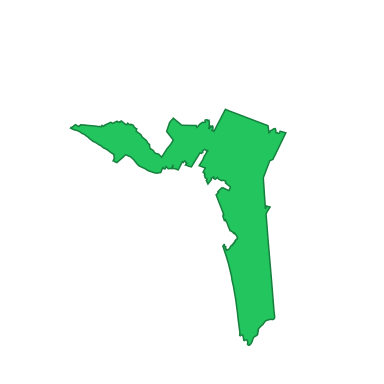 Saulkrastu pag., Saulkrastu, Latvia, rotated 302°
{"feature_id": "27541924B726637782325", "entity_name": "Saulkrastu pag.", "entity_type": "district", "adm_level": 2, "iso_a3": "LVA", "parent_name": "Latvia", "parent_adm1": "Saulkrastu", "projection": "equal_earth", "projection_center": [24.412, 57.267], "detail": "fine", "context": "isolated", "style": "filled", "palette": "green", "viewbox_px": 384, "rotation_deg": 302, "n_neighbors": 0, "source": "geoboundaries", "source_scale": "gbopen_adm2", "svg_char_len": 5930}
<svg xmlns="http://www.w3.org/2000/svg" viewBox="0 0 384 384"><g transform="rotate(302 192 192)"><path d="M191.9,155.2L192.3,155.1L196.5,154.4L197.3,154.5L196.8,155.8L197.2,156.9L199.8,156.5L199.1,159.5L201.1,162.1L201.3,162.0L202.1,162.1L202.2,162.4L204.3,161.6L205.0,161.5L204.5,161.8L201.5,163.0L202.0,163.4L202.0,163.6L202.3,164.4L202.9,165.6L203.0,166.0L202.9,166.0L203.4,168.6L212.5,167.8L212.4,169.0L214.5,169.3L214.4,170.4L213.8,171.0L213.6,171.8L213.6,172.2L213.4,172.0L213.2,172.1L212.8,172.2L212.6,172.1L212.2,172.3L211.8,172.1L211.4,172.2L211.7,172.5L211.8,172.9L211.8,173.2L212.1,175.6L213.0,178.2L229.3,178.0L229.8,179.6L230.7,179.6L231.2,180.2L232.9,179.2L234.3,179.9L234.6,180.3L234.8,180.3L235.0,180.7L234.5,182.3L235.3,182.8L235.3,183.6L233.3,183.4L230.7,183.5L228.9,183.4L227.2,183.7L225.0,184.1L218.1,184.1L219.4,190.5L214.6,190.9L214.4,191.3L214.4,191.9L214.6,193.1L212.6,193.8L212.5,194.4L211.3,195.2L211.0,195.8L211.1,197.4L210.5,198.3L209.4,197.9L207.2,201.3L210.2,201.6L212.6,201.9L214.0,201.0L216.1,202.4L215.3,202.8L214.9,203.1L214.9,203.3L215.2,203.6L215.2,203.8L215.2,204.1L215.0,204.5L215.4,205.2L217.7,205.7L217.1,207.7L217.3,211.0L218.8,212.8L218.7,215.2L217.4,215.6L216.9,219.9L216.6,222.0L212.7,222.6L212.0,216.2L211.1,214.9L206.0,213.8L205.8,213.8L205.6,214.7L202.4,213.9L190.1,230.4L189.6,230.3L189.1,231.1L188.0,230.8L185.0,234.5L186.1,234.9L185.7,235.5L185.6,235.8L185.3,235.9L185.3,236.6L184.5,237.9L181.7,241.5L179.5,244.6L179.9,244.7L179.6,245.7L179.5,249.6L179.1,249.4L179.1,250.3L179.5,250.3L179.4,250.5L179.4,250.9L178.8,252.3L178.9,252.5L178.3,253.5L178.0,253.6L177.9,253.9L177.1,255.0L176.8,255.2L176.1,255.3L175.6,254.8L175.5,254.6L174.4,254.6L174.0,254.4L173.4,254.4L173.4,254.6L173.4,254.8L173.0,254.9L172.3,254.6L171.3,254.8L170.9,254.7L170.9,254.3L170.6,254.2L170.0,254.3L169.7,254.6L169.2,254.5L168.9,254.3L168.0,254.4L167.8,254.1L168.0,254.0L167.9,253.8L167.6,253.7L165.3,253.6L165.0,253.7L163.7,253.7L162.5,253.2L162.1,253.0L161.3,252.8L160.9,252.4L161.1,252.1L161.4,252.0L161.7,251.6L161.6,251.1L161.4,251.0L161.5,250.7L162.3,250.2L163.3,249.7L163.0,249.5L163.2,249.2L163.1,248.3L163.5,248.2L163.9,247.7L164.4,247.6L164.6,247.3L164.4,247.0L163.8,247.2L163.3,247.2L162.5,246.8L155.4,255.4L150.3,261.2L141.1,270.5L138.5,272.6L136.2,274.9L134.0,277.1L123.8,286.2L113.6,294.6L109.1,298.1L97.9,307.3L95.7,308.4L95.6,309.1L97.1,309.7L97.3,310.1L97.4,310.9L97.2,311.3L96.4,311.9L95.8,312.7L94.5,313.7L93.8,314.4L93.7,314.7L93.7,315.1L94.7,315.7L95.4,316.4L95.5,316.7L95.4,317.3L95.3,317.8L95.1,318.0L94.8,318.3L94.6,318.3L94.4,318.6L92.7,319.6L92.9,319.7L92.1,320.3L92.1,321.3L92.5,321.8L93.1,322.1L94.1,322.3L96.7,322.3L100.7,321.3L102.4,321.6L103.8,322.5L105.4,323.1L105.9,323.1L106.5,323.0L106.6,322.7L107.0,322.3L107.7,322.3L109.1,322.0L109.5,321.4L110.3,321.2L110.2,321.0L110.3,321.0L111.7,321.1L112.5,321.0L113.8,321.4L114.3,321.4L116.0,322.0L116.5,322.0L116.8,322.2L117.7,322.4L119.3,322.4L121.0,322.6L121.8,322.8L122.5,323.2L125.2,325.6L125.9,326.5L126.4,327.8L126.9,328.3L127.5,328.7L128.8,328.8L129.8,328.4L134.4,324.7L158.5,306.8L191.3,282.2L212.4,266.6L215.1,266.1L220.6,266.2L219.6,262.6L216.6,263.2L239.8,246.4L242.0,244.9L259.7,241.4L262.6,243.4L264.1,243.1L266.0,243.0L291.9,240.2L290.2,234.5L288.2,235.0L287.2,233.7L287.5,232.9L286.9,232.2L286.9,231.9L287.0,231.6L287.8,231.0L288.0,230.7L288.8,230.4L289.3,229.8L289.9,228.9L288.5,227.5L287.5,227.5L286.7,226.8L285.5,226.1L284.7,225.8L284.3,226.2L283.8,226.3L283.0,225.9L288.5,221.3L280.5,180.8L279.8,176.5L255.1,178.5L255.3,178.1L255.4,177.3L254.7,176.5L254.7,176.2L256.4,176.4L256.8,176.2L257.0,176.0L257.5,175.8L258.5,175.1L258.8,174.6L258.8,174.3L258.8,174.2L258.5,174.1L257.5,174.2L257.4,174.1L257.8,173.6L257.9,173.1L257.6,172.9L257.0,172.8L256.3,173.1L255.3,173.2L255.0,173.0L254.9,172.8L254.8,172.4L255.1,172.2L256.6,172.2L257.2,172.0L257.6,171.8L257.8,171.5L257.9,170.9L259.3,170.4L260.1,169.9L261.8,168.4L260.9,167.9L261.2,167.6L261.3,167.0L261.0,166.1L260.8,165.9L260.6,165.6L260.4,165.6L259.8,165.0L258.1,166.2L257.1,164.9L256.8,164.1L256.3,163.8L253.5,162.6L250.5,162.2L249.4,161.9L250.6,160.3L243.2,148.0L244.7,137.0L243.9,137.1L242.3,136.6L239.0,136.2L229.9,138.4L229.3,140.0L226.2,148.5L223.0,148.7L219.7,148.5L215.5,147.9L207.4,147.8L207.1,147.9L205.4,147.9L205.7,147.0L205.8,146.8L206.1,144.6L206.5,143.7L205.8,141.4L205.5,141.0L205.5,139.4L206.6,137.4L206.8,134.5L206.6,134.1L206.8,133.4L207.1,132.9L208.8,131.4L209.7,131.0L210.1,128.6L211.5,126.1L212.1,121.3L212.4,120.3L213.6,118.1L213.9,113.4L213.9,112.6L216.3,111.6L216.1,110.6L216.5,108.4L217.0,107.4L217.4,107.2L217.4,106.1L217.2,105.7L217.3,105.3L217.1,104.5L216.8,104.6L215.9,103.1L216.0,102.8L216.3,101.0L214.3,100.8L214.1,100.1L214.8,94.3L212.8,93.8L213.0,93.3L212.1,91.9L212.3,90.9L210.0,89.5L209.8,89.3L208.9,88.9L208.2,88.4L208.1,86.5L207.8,85.9L206.4,85.2L203.6,83.2L202.5,83.0L202.5,82.6L200.7,82.0L200.8,80.4L199.2,80.3L199.2,80.2L198.4,78.6L197.6,77.5L197.6,77.2L197.2,76.2L193.0,67.8L191.9,65.9L192.1,65.9L190.6,63.0L190.1,62.9L190.0,61.9L187.5,61.3L187.3,57.4L183.5,56.1L182.7,55.2L181.8,55.2L181.9,55.6L181.9,56.0L182.0,57.4L182.4,59.4L182.7,60.4L183.1,61.5L183.5,63.2L183.6,65.9L183.4,67.7L183.8,70.0L183.7,72.1L183.5,72.7L183.5,74.4L183.3,75.2L182.9,77.4L182.8,78.4L182.8,79.2L182.5,81.1L182.6,82.2L182.9,83.6L182.8,84.2L183.0,85.2L182.8,86.2L182.8,88.5L183.0,90.7L182.7,92.0L182.6,93.2L182.5,93.4L182.6,94.4L182.8,94.8L182.8,96.5L183.0,97.6L182.8,98.4L182.7,100.7L182.5,101.5L182.4,104.7L182.6,105.8L182.0,106.1L179.4,108.2L179.4,108.3L176.7,108.6L176.9,108.9L176.8,110.6L177.1,112.7L185.0,115.1L188.1,115.8L188.6,116.6L188.8,118.2L188.9,119.3L189.0,119.4L189.2,120.6L189.2,121.9L188.5,125.5L187.3,128.9L186.9,129.8L186.7,130.5L186.3,132.0L186.1,133.5L186.4,136.3L186.9,139.8L186.8,142.7L187.1,144.7L188.2,149.3L188.9,151.3L189.6,152.6L191.0,154.0L191.9,155.2Z" fill="#22c55e" stroke="#15803d" stroke-width="1.5"/></g></svg>